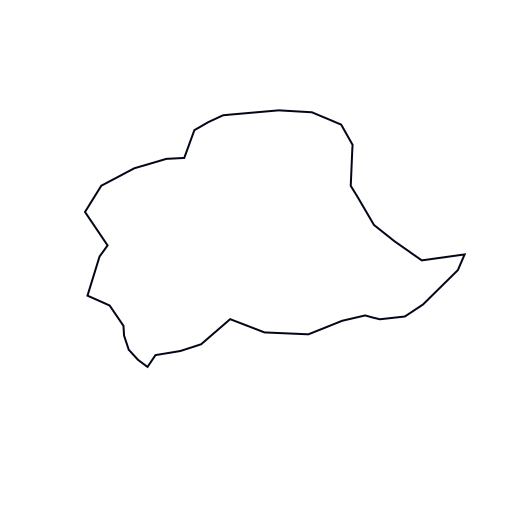 Bayangol, Övörhangay, Mongolia, rotated 310°
{"feature_id": "93677404B12248147717842", "entity_name": "Bayangol", "entity_type": "district", "adm_level": 2, "iso_a3": "MNG", "parent_name": "Mongolia", "parent_adm1": "Övörhangay", "projection": "natural_earth1", "projection_center": [103.336, 45.745], "detail": "fine", "context": "isolated", "style": "outline", "palette": "ink", "viewbox_px": 512, "rotation_deg": 310, "n_neighbors": 0, "source": "geoboundaries", "source_scale": "gbopen_adm2", "svg_char_len": 704}
<svg xmlns="http://www.w3.org/2000/svg" viewBox="0 0 512 512"><g transform="rotate(310 256 256)"><path d="M245.0,106.4L210.4,92.3L179.8,96.7L168.7,135.5L155.0,136.5L117.3,152.4L124.0,175.7L117.3,199.4L110.2,206.1L102.4,218.8L100.6,232.5L101.3,244.2L115.5,242.7L134.6,259.1L153.1,270.7L191.0,276.8L202.9,311.6L229.7,346.5L261.7,363.6L280.6,377.8L283.3,383.7L283.9,385.0L287.2,391.6L305.3,408.9L326.2,415.1L375.0,419.7L391.3,414.8L359.2,385.8L356.3,352.7L355.6,326.4L366.8,295.1L370.6,283.5L380.9,275.6L399.5,261.3L403.2,258.6L411.4,236.8L402.0,206.4L382.2,179.8L348.4,146.0L342.6,140.3L328.1,133.5L312.8,127.9L285.0,138.0L272.8,124.9L245.0,106.4Z" fill="none" stroke="#020617" stroke-width="2"/></g></svg>